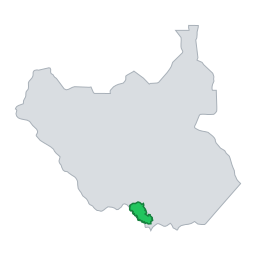 location of Yei, Central Equatoria, South Sudan
{"feature_id": "79223893B15931514297219", "entity_name": "Yei", "entity_type": "district", "adm_level": 2, "iso_a3": "SSD", "parent_name": "South Sudan", "parent_adm1": "Central Equatoria", "projection": "natural_earth1", "projection_center": [30.16, 4.243], "detail": "fine", "context": "in_parent", "style": "filled", "palette": "green", "viewbox_px": 256, "rotation_deg": 0, "n_neighbors": 0, "source": "geoboundaries", "source_scale": "gbopen_adm2", "svg_char_len": 5817}
<svg xmlns="http://www.w3.org/2000/svg" viewBox="0 0 256 256"><path d="M214.5,213.5L206.2,223.1L205.6,223.7L204.6,224.5L201.3,224.5L197.8,224.0L194.6,221.5L191.4,223.4L189.3,224.0L188.1,224.3L185.2,224.6L181.2,225.6L179.4,226.9L178.4,227.9L177.6,229.8L177.1,230.0L176.4,229.8L175.4,229.0L173.2,227.9L172.1,225.5L171.1,224.1L170.3,223.3L166.9,225.7L165.2,226.3L163.8,226.2L161.3,224.9L158.6,223.7L157.2,223.7L155.1,225.2L152.7,227.3L151.4,229.4L150.8,230.7L150.0,228.7L149.2,227.5L148.0,227.1L145.7,227.5L145.1,226.9L145.0,225.2L144.7,223.7L144.1,222.6L142.3,221.4L137.8,219.1L134.2,214.5L132.5,212.4L131.2,211.0L129.3,207.4L127.2,204.9L124.7,203.8L123.0,204.3L121.3,207.0L118.1,209.5L116.6,209.6L114.7,208.2L112.3,207.3L108.0,206.8L106.2,208.0L103.9,209.9L101.9,211.1L100.7,211.2L99.5,210.8L98.2,210.5L97.1,210.5L94.8,208.7L93.6,207.4L92.8,206.2L91.5,205.4L90.0,204.7L88.9,203.6L88.4,202.2L87.5,200.4L86.4,198.8L82.9,196.0L81.9,194.3L81.1,192.6L79.7,190.8L78.2,188.4L77.7,184.8L77.6,182.0L77.3,180.7L76.6,179.3L75.9,178.2L74.7,176.9L71.8,175.1L68.8,173.0L67.4,171.7L64.7,171.3L63.1,170.1L61.8,167.4L61.2,165.3L59.9,163.6L59.3,162.4L59.0,161.0L60.1,156.8L58.5,155.3L56.2,153.3L54.5,151.2L53.5,149.2L50.5,146.7L44.0,142.8L40.2,140.4L38.2,138.1L36.4,136.0L36.2,135.1L37.4,132.9L37.6,131.2L36.6,129.2L32.7,125.5L29.6,121.4L27.2,120.2L21.6,119.1L19.9,118.6L18.2,117.8L16.6,116.0L16.0,113.8L16.8,110.4L16.3,109.3L15.4,109.0L15.6,108.3L16.7,106.6L18.5,105.5L23.2,103.8L23.4,103.2L23.5,101.0L23.9,100.0L25.5,97.0L25.8,95.8L25.9,93.2L26.1,92.0L26.5,91.2L27.8,89.7L28.3,88.8L28.5,86.8L28.4,82.9L29.0,81.4L32.0,77.9L32.8,76.3L33.1,74.9L33.1,73.5L33.2,72.1L34.1,70.7L34.9,70.3L37.0,69.9L38.5,70.2L48.9,67.8L50.1,68.1L50.7,69.5L50.6,71.8L50.8,72.9L51.3,73.7L53.0,74.7L54.1,76.5L54.7,77.2L56.4,78.4L64.1,88.8L66.2,89.8L68.3,89.4L72.5,87.3L74.6,86.7L89.3,87.3L91.0,87.0L93.3,92.3L94.3,93.4L110.4,93.5L110.1,92.0L110.3,90.4L113.2,87.2L113.6,86.8L116.1,85.3L118.5,84.3L123.2,83.1L124.9,81.2L125.8,79.5L125.8,76.1L126.4,75.6L127.6,74.8L133.0,71.8L133.9,71.1L143.4,78.1L148.8,83.7L149.1,84.0L149.4,84.1L149.6,83.9L149.9,83.6L150.5,83.4L152.8,83.3L157.1,83.0L158.6,82.4L167.3,72.4L169.5,69.3L170.0,68.6L171.3,66.4L172.6,62.5L172.9,62.1L182.4,52.8L182.7,52.0L182.8,51.4L181.3,48.3L181.0,46.7L181.0,44.3L181.2,40.5L181.1,38.1L181.0,37.4L180.9,37.3L175.6,30.4L189.0,30.4L189.0,29.5L189.0,29.2L188.7,28.4L188.6,27.3L188.6,26.7L188.7,26.1L188.7,25.8L188.6,25.6L188.7,25.4L198.3,25.5L198.2,27.4L197.1,32.0L197.1,34.7L196.8,37.8L196.5,38.7L196.0,39.5L195.8,39.9L195.8,40.2L197.9,57.6L197.7,58.4L197.2,59.5L197.1,59.8L197.0,60.1L197.3,60.3L201.7,62.2L201.9,62.3L202.1,62.4L203.7,64.7L212.5,73.0L212.8,73.4L213.7,76.0L213.8,76.4L213.8,77.0L213.8,77.5L213.6,79.0L213.7,79.7L213.8,80.2L213.9,80.7L213.9,80.9L213.9,81.3L212.6,84.3L212.1,86.4L212.0,88.2L212.1,89.3L212.3,89.9L212.4,90.2L212.5,90.3L216.3,90.3L216.3,91.3L216.8,107.0L216.8,108.8L216.7,111.0L216.2,111.9L215.2,113.1L213.8,114.3L210.4,114.5L207.6,114.5L205.6,114.3L202.8,114.2L200.2,114.4L199.3,115.4L195.9,123.7L194.8,125.8L194.5,127.0L194.8,127.8L196.2,128.8L199.1,130.3L202.5,131.2L205.0,131.6L206.7,132.0L208.1,132.4L212.8,136.2L214.4,138.0L215.2,139.5L215.4,141.2L216.1,142.9L220.5,148.1L224.7,150.6L226.3,153.4L227.8,154.7L229.3,156.2L230.1,158.4L231.9,164.6L233.1,167.9L234.3,170.6L234.8,175.0L235.8,177.0L236.8,179.4L238.5,181.5L240.3,183.2L240.6,183.6L222.7,204.1L214.5,213.5Z" fill="#d9dde1" stroke="#a8b0b8" stroke-width="1"/><path d="M152.6,220.4L152.5,219.7L151.9,219.3L151.9,218.7L152.3,218.7L152.2,217.6L150.1,215.6L150.1,214.7L148.6,214.5L148.0,216.0L145.2,214.0L146.6,213.0L145.8,210.3L145.1,210.3L145.3,209.2L143.2,206.3L143.8,205.2L143.4,203.5L141.9,204.4L139.9,202.6L138.0,202.0L135.4,203.5L132.9,203.4L129.9,205.4L130.0,205.6L130.3,205.5L130.1,205.8L130.1,206.0L129.9,206.4L130.0,206.5L129.9,206.6L129.8,206.8L129.9,207.0L129.9,207.3L129.9,207.5L129.8,207.8L129.8,208.0L129.8,208.3L129.7,208.4L129.7,208.5L129.7,208.8L129.7,209.0L129.8,209.2L129.8,209.3L129.7,209.4L129.7,209.5L129.7,209.8L129.8,210.0L130.0,210.1L130.3,210.2L130.4,210.3L130.4,210.5L130.5,210.7L130.6,210.8L130.9,210.7L131.1,210.6L131.3,210.6L131.6,210.6L131.8,210.5L132.0,210.8L132.4,211.1L132.5,211.1L132.6,211.3L132.8,211.4L132.9,211.5L133.0,211.6L133.2,211.8L133.1,212.0L132.9,212.3L132.9,212.5L132.7,212.7L132.7,212.8L132.7,213.0L132.9,213.0L132.9,213.3L133.0,213.4L133.2,213.5L133.3,213.8L133.4,213.7L133.5,213.6L133.8,213.7L133.9,213.8L134.0,213.7L134.3,213.7L134.3,213.9L134.3,214.0L134.4,214.3L134.3,214.5L134.5,214.8L134.7,215.1L134.8,215.2L134.8,215.3L134.9,215.5L135.0,215.6L135.3,215.7L135.5,215.7L135.8,215.8L136.0,215.9L136.1,216.0L136.3,216.1L136.5,216.1L136.8,216.1L137.0,216.0L137.0,215.9L137.1,216.0L137.1,216.3L137.2,216.5L137.1,216.8L137.2,217.0L137.3,217.1L137.2,217.2L137.2,217.3L137.0,217.5L137.3,217.7L137.4,217.8L137.5,217.9L137.7,218.1L137.7,218.3L137.8,218.5L137.9,218.8L137.8,219.0L137.7,219.1L137.8,219.3L137.8,219.5L138.0,219.7L138.0,219.8L138.0,220.0L138.2,220.3L138.3,220.3L138.4,220.2L138.5,220.1L138.8,220.2L139.0,219.9L139.1,220.0L139.3,219.9L139.4,219.7L139.5,219.7L139.5,219.8L139.7,220.0L139.8,220.1L139.8,220.3L139.9,220.5L140.0,220.5L140.0,220.4L140.2,220.5L140.4,220.6L140.5,220.6L140.7,220.4L140.8,220.5L141.0,220.7L141.1,220.8L141.3,220.8L141.5,220.8L141.5,221.0L141.8,221.2L141.9,221.3L141.9,221.5L142.0,221.5L142.0,221.8L142.3,221.8L142.5,221.9L142.6,221.7L142.8,221.4L142.9,221.5L143.0,221.7L143.0,221.8L142.9,221.9L143.0,221.9L143.0,222.0L143.0,222.3L143.3,222.4L143.3,222.5L143.5,222.6L143.8,222.5L143.9,222.4L144.1,222.4L144.3,222.2L144.5,222.0L144.7,222.4L144.8,222.4L144.9,222.5L145.0,222.7L145.0,222.8L145.1,223.0L145.2,223.3L146.8,222.8L148.2,223.9L150.9,223.7L150.8,221.5L152.6,220.4Z" fill="#22c55e" stroke="#15803d" stroke-width="1.5"/></svg>